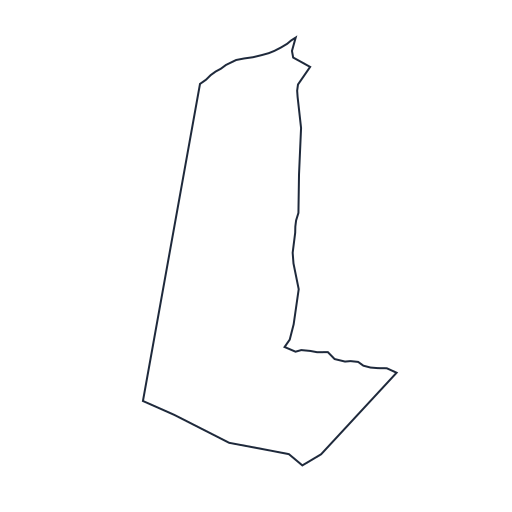 Caiçara do Norte, Rio Grande do Norte, Brazil, rotated 354°
{"feature_id": "56859067B38077643015852", "entity_name": "Caiçara do Norte", "entity_type": "district", "adm_level": 2, "iso_a3": "BRA", "parent_name": "Brazil", "parent_adm1": "Rio Grande do Norte", "projection": "albers", "projection_center": [-36.055, -5.18], "detail": "fine", "context": "isolated", "style": "outline", "palette": "slate", "viewbox_px": 512, "rotation_deg": 354, "n_neighbors": 0, "source": "geoboundaries", "source_scale": "gbopen_adm2", "svg_char_len": 829}
<svg xmlns="http://www.w3.org/2000/svg" viewBox="0 0 512 512"><g transform="rotate(354 256 256)"><path d="M383.6,386.8L374.3,381.3L365.7,380.3L358.2,378.9L351.3,376.3L346.5,372.0L339.0,370.4L333.5,370.3L323.4,366.7L317.4,359.1L306.8,358.1L300.1,356.1L291.2,354.3L285.3,355.3L280.5,352.6L274.9,349.5L280.8,342.7L286.3,327.9L295.0,293.5L292.5,267.3L292.8,256.6L297.4,237.0L298.2,230.8L299.6,224.8L302.7,217.6L307.3,179.4L314.2,133.4L314.0,102.1L314.2,95.9L315.7,89.8L329.6,73.6L313.7,62.5L313.2,55.8L318.3,42.9L313.5,45.3L309.2,48.2L302.5,51.3L295.5,54.0L289.9,55.6L282.7,56.8L273.8,58.0L264.9,58.3L256.7,59.0L246.2,62.8L240.6,66.1L235.2,68.3L229.8,71.4L224.8,75.4L218.3,79.0L128.4,388.4L158.0,405.4L209.8,439.0L243.3,449.0L268.0,456.5L280.2,469.1L300.0,460.0L383.6,386.8Z" fill="none" stroke="#1e293b" stroke-width="2"/></g></svg>